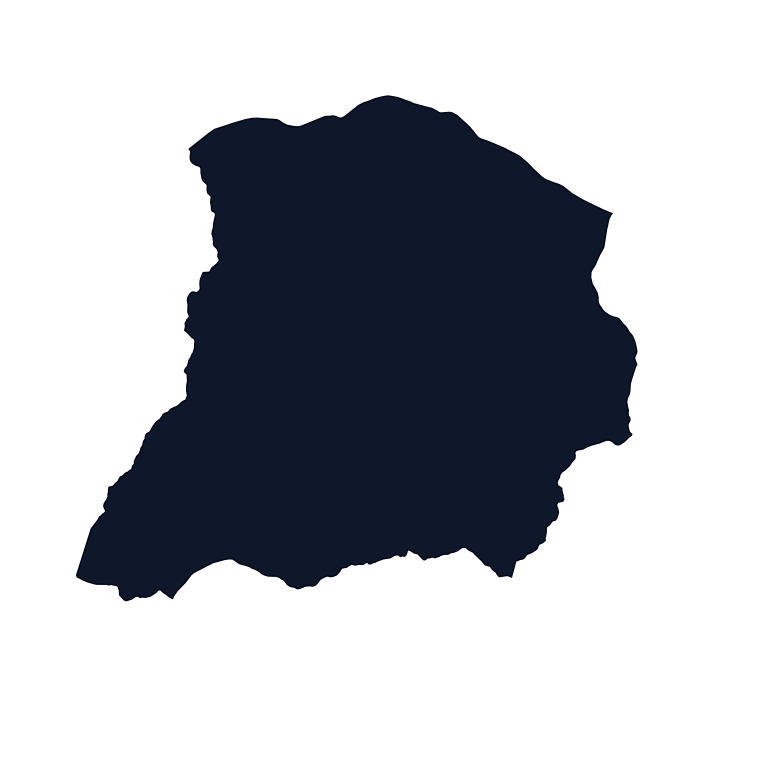 the district of Passabe, Ambeno, East Timor, rotated 16°
{"feature_id": "22284137B78589082369873", "entity_name": "Passabe", "entity_type": "district", "adm_level": 2, "iso_a3": "TLS", "parent_name": "East Timor", "parent_adm1": "Ambeno", "projection": "natural_earth1", "projection_center": [124.316, -9.462], "detail": "fine", "context": "isolated", "style": "filled", "palette": "ink", "viewbox_px": 768, "rotation_deg": 16, "n_neighbors": 0, "source": "geoboundaries", "source_scale": "gbopen_adm2", "svg_char_len": 6170}
<svg xmlns="http://www.w3.org/2000/svg" viewBox="0 0 768 768"><g transform="rotate(16 384 384)"><path d="M132.1,211.8L134.0,213.4L134.5,214.4L135.0,218.1L135.8,220.9L137.3,223.2L139.5,224.5L143.1,225.4L146.1,225.4L147.0,225.7L148.3,226.6L149.0,227.7L150.0,231.3L152.6,236.5L154.2,238.5L159.0,240.9L159.7,242.4L160.4,245.8L162.0,248.9L165.5,250.8L166.5,251.9L167.4,257.2L169.4,261.2L170.2,264.0L171.2,265.1L173.9,265.5L175.1,266.6L175.6,268.3L176.1,276.4L177.1,281.2L177.0,283.9L177.4,287.1L179.8,290.8L180.0,291.8L180.9,293.7L181.7,297.0L183.0,298.3L185.0,299.1L186.3,300.0L187.5,301.3L188.7,303.0L188.8,305.5L189.2,307.2L190.8,308.8L191.7,310.2L191.5,311.8L190.2,314.8L186.5,320.1L185.8,324.1L185.0,324.9L180.1,326.6L179.5,327.1L179.3,327.8L178.8,333.6L179.0,335.9L179.5,338.4L181.2,342.8L181.2,344.3L180.8,345.3L179.1,347.8L174.8,348.3L173.7,349.1L172.5,351.4L171.6,355.1L172.0,357.8L173.9,361.6L175.7,369.0L177.6,371.2L178.3,372.7L178.5,373.9L177.0,376.2L176.7,378.5L176.1,380.1L177.5,383.6L177.7,387.3L179.8,388.1L186.7,392.1L189.0,392.8L190.7,394.7L190.9,397.0L192.1,401.7L192.0,406.8L191.1,409.6L191.2,411.5L190.0,415.0L190.3,417.9L190.2,421.0L188.9,424.1L188.6,426.2L189.4,427.4L191.7,428.5L192.3,429.1L194.4,435.2L195.0,440.3L196.2,444.8L198.5,449.5L198.0,451.8L198.1,453.4L197.8,454.4L195.3,456.5L193.8,458.7L193.3,459.8L190.8,463.2L188.9,464.3L185.8,467.4L184.5,470.4L183.6,471.3L181.5,472.6L180.0,474.5L179.8,476.0L178.5,479.6L176.2,482.5L174.9,485.2L173.5,489.1L172.6,493.8L171.7,495.3L169.8,497.1L169.2,498.4L169.1,499.6L169.6,502.5L168.7,505.7L169.1,509.0L169.0,510.1L168.2,512.4L168.3,515.4L168.0,518.3L166.3,521.7L165.8,524.8L165.5,527.7L166.3,529.4L165.0,532.4L165.2,535.4L164.6,536.3L163.2,537.6L162.4,539.2L160.3,540.8L158.2,544.5L156.9,545.5L156.2,546.4L155.7,547.6L155.6,549.3L155.0,551.4L153.3,553.7L152.2,556.6L150.7,557.9L148.6,558.8L148.1,559.5L149.0,563.4L149.2,566.3L150.0,568.5L149.3,572.5L148.2,575.7L148.3,578.5L149.5,580.3L151.4,582.2L151.6,583.6L151.0,585.1L149.7,586.5L148.3,589.1L147.4,590.1L147.0,591.3L146.9,592.8L142.6,604.0L141.3,652.5L142.4,653.9L150.3,655.4L154.4,655.8L162.5,655.7L172.6,652.9L174.9,652.8L177.0,651.7L178.8,651.7L181.7,651.3L183.1,651.4L184.4,651.9L185.7,654.1L186.7,655.3L188.0,659.5L193.8,663.1L195.9,663.3L200.8,660.1L203.2,656.9L204.9,655.9L205.9,655.7L208.4,656.2L210.8,655.2L213.6,654.6L217.1,652.7L218.4,651.6L221.1,648.4L222.5,646.6L223.4,644.7L224.6,643.5L226.2,643.4L230.0,645.4L232.0,645.9L237.3,648.0L239.8,648.4L240.4,644.7L242.2,639.6L247.5,629.7L251.2,620.2L253.2,617.4L268.6,602.9L280.0,596.0L284.5,594.2L287.3,593.9L294.2,596.3L297.8,596.5L299.7,596.2L305.3,596.5L308.2,597.3L311.4,597.5L313.9,598.0L316.4,598.7L319.2,600.0L321.8,600.4L325.7,600.4L333.1,598.5L336.3,598.4L339.3,599.5L342.4,600.2L346.2,603.2L348.9,604.1L351.1,604.3L353.5,603.9L357.2,604.6L358.6,604.0L361.6,601.9L363.3,600.2L367.9,598.3L370.8,598.0L372.8,596.7L373.6,595.9L375.1,592.8L376.5,589.1L377.3,588.3L379.8,585.9L382.1,584.3L382.9,584.0L385.4,583.9L387.7,583.0L390.3,581.1L391.4,579.6L392.9,576.6L393.9,572.7L398.7,570.2L399.6,568.8L402.2,566.2L403.7,565.8L406.1,565.9L410.0,563.9L412.3,563.5L414.5,562.3L415.4,560.8L416.7,559.9L417.2,559.9L419.2,560.9L420.5,560.6L422.6,558.6L424.7,557.5L426.5,555.8L431.6,552.1L437.8,549.3L440.9,546.0L443.2,544.6L444.9,544.1L447.2,545.2L449.2,543.9L450.9,543.9L451.6,543.3L452.0,542.6L452.3,540.6L452.3,537.5L452.8,536.8L454.6,536.5L459.8,538.0L463.3,537.8L469.7,541.5L470.8,541.9L471.3,541.8L472.4,541.1L473.1,539.6L473.5,539.2L475.5,538.5L477.6,537.1L478.7,536.7L480.5,536.9L481.4,536.5L482.5,535.5L484.3,534.6L485.1,533.3L487.7,531.6L489.3,530.8L492.4,529.9L494.7,527.5L496.7,526.8L500.7,523.8L503.2,520.4L505.0,519.0L508.2,518.5L510.8,520.0L516.2,521.1L518.2,522.4L526.3,526.6L531.0,529.8L536.5,529.9L539.4,532.3L543.8,534.1L545.7,535.9L547.7,537.2L548.4,537.1L555.5,533.9L559.7,534.3L559.4,517.8L561.3,516.6L562.9,515.1L565.0,514.2L566.1,513.3L567.0,511.9L567.6,509.7L568.1,508.8L570.4,506.5L571.9,505.7L575.6,501.5L576.7,499.3L576.6,497.3L577.1,495.3L580.1,492.8L582.0,490.0L581.1,487.6L581.3,486.0L580.8,484.0L580.9,482.5L579.9,478.9L579.6,476.6L580.1,475.7L582.0,473.5L583.4,469.3L586.2,467.5L587.0,465.1L587.1,462.2L587.0,459.2L585.4,456.1L583.5,453.7L583.1,451.8L583.5,450.4L584.1,449.4L586.4,448.3L588.1,447.2L588.6,445.5L588.4,444.8L587.4,444.1L587.1,442.2L584.5,438.0L583.6,435.5L582.6,434.9L579.0,433.9L577.4,431.0L577.2,430.2L578.3,425.4L578.0,423.2L579.0,419.7L581.1,417.3L584.5,411.7L586.0,407.2L587.8,403.6L587.9,402.4L587.4,399.9L586.3,398.0L586.4,395.6L588.5,393.8L593.2,391.5L596.0,388.7L599.6,385.8L606.6,381.6L613.3,376.6L616.1,375.8L618.3,376.0L620.8,376.9L622.4,377.8L624.6,378.1L626.8,377.6L630.5,373.5L632.0,371.1L634.0,367.4L635.9,365.1L635.9,364.0L633.6,362.9L632.8,362.2L630.4,358.1L629.5,355.3L630.3,351.6L629.9,349.3L627.5,347.2L626.5,344.6L626.1,342.0L624.4,339.2L622.1,334.3L621.7,330.8L622.4,325.8L622.0,322.2L620.6,316.1L620.5,312.0L620.9,298.9L621.1,296.8L621.6,295.8L617.8,290.6L617.6,288.9L618.1,284.6L618.0,283.2L617.1,281.0L613.6,274.6L611.1,271.3L609.1,269.1L605.6,266.8L601.0,262.6L597.5,260.6L592.5,257.1L590.6,256.3L585.5,256.4L581.5,255.9L576.4,254.2L573.6,252.6L570.7,249.9L569.4,249.1L568.1,247.5L566.8,245.6L566.0,242.0L563.7,237.9L559.8,233.7L556.4,230.5L553.0,224.3L552.6,221.7L552.1,220.8L552.1,218.0L554.0,211.5L555.5,200.6L557.3,192.9L557.4,191.2L555.2,173.6L555.1,170.0L554.7,166.2L554.7,162.6L555.5,158.7L556.0,157.4L546.8,156.4L524.5,152.5L511.8,149.2L502.0,145.1L497.0,144.1L491.2,143.9L482.5,143.0L477.8,141.3L467.9,136.2L460.8,132.1L450.9,127.6L434.2,124.3L417.9,122.3L409.2,121.8L406.5,121.2L395.5,113.5L380.3,105.9L375.0,104.7L371.8,105.0L364.0,107.9L362.0,108.0L358.6,106.9L354.5,106.1L335.1,106.5L331.9,105.9L318.4,105.0L311.3,105.7L308.2,106.2L302.9,108.7L296.9,112.3L290.9,116.9L286.8,119.6L282.8,123.5L272.5,137.9L270.6,139.7L268.6,140.7L263.7,140.3L260.9,140.5L257.5,142.0L253.7,143.2L233.3,159.2L230.3,160.7L225.8,161.6L219.7,162.1L215.5,161.5L210.2,159.7L207.7,159.6L188.1,163.8L184.2,165.1L177.9,168.3L167.3,175.0L151.0,186.1L146.7,191.4L132.1,211.8Z" fill="#0f172a" stroke="#020617" stroke-width="1.5"/></g></svg>